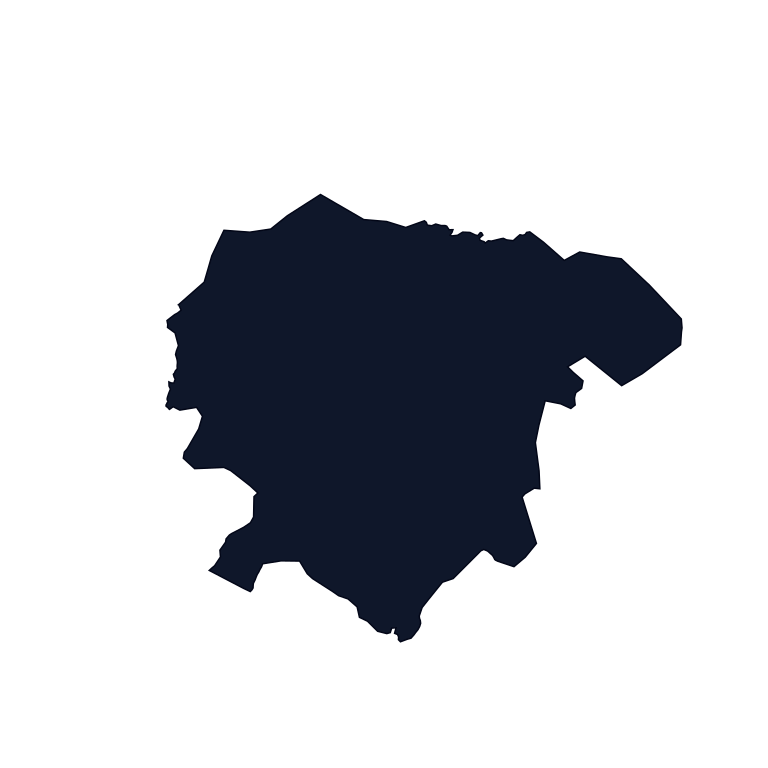 Tsanyawa, Kano, Nigeria (Natural Earth projection), rotated 44°
{"feature_id": "59680162B88365177272018", "entity_name": "Tsanyawa", "entity_type": "district", "adm_level": 2, "iso_a3": "NGA", "parent_name": "Nigeria", "parent_adm1": "Kano", "projection": "natural_earth1", "projection_center": [8.001, 12.281], "detail": "fine", "context": "isolated", "style": "filled", "palette": "ink", "viewbox_px": 768, "rotation_deg": 44, "n_neighbors": 0, "source": "geoboundaries", "source_scale": "gbopen_adm2", "svg_char_len": 3014}
<svg xmlns="http://www.w3.org/2000/svg" viewBox="0 0 768 768"><g transform="rotate(44 384 384)"><path d="M378.0,605.1L379.9,607.8L381.4,617.5L386.5,622.0L388.4,632.4L388.0,636.0L387.8,639.5L424.8,628.6L432.0,626.2L432.0,623.9L431.5,621.7L430.0,620.0L428.5,618.1L427.4,614.6L426.1,611.6L425.1,609.0L424.5,606.2L423.7,603.9L422.9,600.6L421.6,597.6L432.8,582.7L446.3,570.0L460.6,573.8L467.8,573.6L490.9,569.0L498.4,567.8L507.4,563.6L519.5,563.0L528.4,568.9L536.9,566.1L551.2,566.3L559.4,561.6L561.2,558.5L559.1,554.3L562.0,551.0L564.8,556.0L567.7,554.8L570.2,555.8L572.0,557.9L574.9,558.0L578.1,551.3L580.0,548.1L579.8,543.6L579.4,540.9L579.1,537.2L578.1,533.7L576.6,530.7L574.4,528.9L572.3,527.9L570.5,526.4L566.7,518.3L565.8,509.4L564.7,497.4L564.1,490.5L563.7,486.0L568.9,475.9L569.4,445.6L569.5,440.5L569.5,436.8L570.7,433.7L574.5,432.2L581.1,431.9L583.4,432.5L585.6,433.3L586.7,433.2L589.1,432.4L604.4,425.1L605.9,410.5L604.4,392.8L561.9,369.4L561.7,365.1L564.4,354.6L568.9,351.1L555.8,338.7L533.6,321.0L523.9,305.8L511.6,284.1L524.9,275.5L535.4,271.8L536.1,266.3L533.4,264.1L530.8,261.8L529.3,259.4L528.0,256.9L529.2,249.9L525.0,243.5L512.0,244.2L504.1,244.1L509.4,224.3L556.1,220.1L562.6,197.1L570.1,149.8L561.8,139.9L559.4,136.6L552.7,130.7L505.4,128.5L503.0,128.6L502.8,128.6L467.7,129.1L456.1,137.6L433.1,153.1L427.8,169.9L400.2,171.2L383.2,173.3L381.3,175.9L381.7,178.5L380.5,180.7L378.1,182.2L377.7,186.3L377.4,191.1L374.7,193.2L372.0,195.2L368.7,196.3L367.5,197.9L362.0,206.6L359.5,208.5L358.9,212.3L357.1,212.1L353.3,213.9L351.3,212.8L351.7,208.2L349.1,207.5L348.1,208.2L348.4,212.1L346.1,213.4L340.5,215.3L337.0,218.4L335.1,220.1L333.6,225.9L329.8,230.5L328.1,231.0L327.6,227.7L326.4,225.1L323.7,227.8L319.4,226.9L317.9,227.6L315.1,230.3L310.1,233.0L308.4,237.0L304.8,239.6L302.1,238.3L299.7,238.5L290.9,256.3L273.0,265.3L255.2,279.8L248.7,281.4L223.3,287.7L206.7,291.8L197.6,330.1L194.9,351.2L182.0,368.0L162.1,384.6L171.1,411.4L176.8,422.1L183.9,435.6L181.2,468.7L181.1,469.7L181.3,469.6L186.8,471.8L186.2,476.4L185.2,479.5L184.4,484.8L183.8,489.1L187.1,491.4L189.0,493.7L198.2,492.4L209.5,499.2L211.8,504.6L213.6,507.6L215.6,508.7L217.1,509.5L219.3,511.0L220.8,512.4L221.8,513.7L223.0,515.1L224.6,516.5L224.9,519.8L225.7,521.7L225.7,523.3L228.2,524.8L230.4,525.5L232.2,529.4L229.9,531.2L227.8,531.9L230.8,534.8L233.9,536.0L235.6,540.2L237.5,544.1L238.1,545.0L238.4,545.5L239.0,545.9L239.5,546.2L239.9,546.2L240.3,546.3L240.7,546.4L241.0,546.7L240.9,547.4L241.0,548.0L241.2,548.4L241.4,549.1L241.6,549.7L241.7,550.3L242.1,550.7L242.4,550.9L242.4,551.2L242.9,551.4L243.5,551.3L244.2,551.2L244.5,551.0L245.0,551.0L245.4,551.2L246.2,551.3L246.7,551.3L247.3,551.3L247.6,549.8L248.1,546.8L255.3,544.6L265.4,531.0L275.8,533.3L281.9,545.0L287.4,567.0L287.7,571.7L291.2,576.8L306.6,576.4L326.8,555.2L333.8,552.8L358.5,550.2L369.0,550.0L368.7,555.3L380.1,567.6L382.6,570.3L384.3,576.6L382.6,584.6L378.4,597.1L378.1,598.2L377.7,600.1L378.0,605.1Z" fill="#0f172a" stroke="#020617" stroke-width="1.5"/></g></svg>